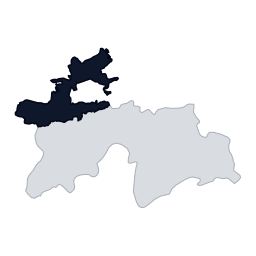 Tajikistan, with Leninabad highlighted
{"feature_id": "TJK-369", "entity_name": "Leninabad", "entity_type": "Region", "adm_level": 1, "iso_a3": "TJK", "parent_name": "Tajikistan", "parent_adm1": "", "projection": "albers", "projection_center": [69.514, 39.97], "detail": "fine", "context": "in_parent", "style": "filled", "palette": "ink", "viewbox_px": 256, "rotation_deg": 0, "n_neighbors": 0, "source": "natural_earth", "source_scale": "10m", "svg_char_len": 8891}
<svg xmlns="http://www.w3.org/2000/svg" viewBox="0 0 256 256"><path d="M25.7,190.0L26.9,187.4L27.5,178.5L29.0,175.4L33.4,170.0L35.7,165.8L38.3,162.5L40.1,161.4L41.8,158.7L43.2,155.6L43.6,153.7L43.5,152.2L43.0,151.2L37.6,145.8L36.1,142.4L35.2,138.2L35.0,135.2L38.1,127.1L37.6,125.8L36.8,124.5L35.1,123.7L32.7,123.3L27.3,123.6L25.2,123.1L24.7,122.6L24.5,118.9L23.9,118.1L23.1,117.3L16.9,115.5L15.7,114.7L15.5,113.8L17.9,105.6L18.9,105.0L21.3,102.3L26.3,100.1L42.8,103.5L45.5,103.8L47.3,103.5L48.6,102.6L50.8,100.0L52.4,92.5L53.8,92.2L55.1,92.6L55.8,91.9L56.4,90.1L56.9,90.0L57.9,90.9L58.9,90.0L58.8,89.3L57.7,88.1L56.7,86.1L57.1,84.8L61.4,84.0L61.9,83.4L61.7,82.3L60.6,81.7L52.5,81.8L52.1,81.2L52.3,80.5L52.9,79.9L61.3,78.5L69.1,79.8L70.4,79.4L68.8,76.1L70.9,75.8L71.2,74.7L68.5,65.9L70.0,65.1L71.5,63.4L71.4,60.1L72.7,58.5L74.3,57.4L76.6,58.5L80.3,61.8L82.6,62.6L94.4,56.5L98.7,53.9L99.4,52.9L100.9,48.9L101.7,48.6L102.8,49.0L108.8,55.7L108.9,56.6L108.2,57.3L108.4,57.9L111.5,59.3L111.5,60.0L110.4,61.9L101.4,69.9L101.1,72.5L101.8,73.3L105.6,74.6L107.6,78.7L109.0,79.1L117.6,77.6L117.6,78.3L117.3,79.5L111.5,81.7L108.8,83.4L108.3,86.6L107.6,87.5L106.4,88.2L105.3,88.4L103.4,84.8L89.8,79.3L77.5,83.1L75.8,85.9L76.3,88.5L76.0,89.7L74.8,90.0L71.3,87.9L70.5,89.7L69.0,95.5L70.5,99.0L71.0,104.2L75.6,103.9L79.5,102.4L81.4,102.3L84.4,103.0L89.6,103.1L94.7,102.9L95.7,101.9L96.8,102.2L97.8,103.4L101.9,101.9L105.0,101.7L108.0,102.5L111.7,108.0L113.6,108.7L119.4,108.0L121.0,104.9L122.5,104.2L126.9,103.3L130.6,100.9L132.4,100.7L133.4,101.4L133.8,102.5L133.5,105.2L134.7,106.1L138.3,106.3L140.0,107.1L139.9,111.4L141.4,112.4L142.2,112.5L147.4,109.6L148.9,109.5L151.9,112.8L154.3,114.6L154.9,114.3L155.9,112.2L157.8,109.8L163.6,108.1L165.8,107.7L172.4,108.4L179.1,108.1L182.7,107.5L185.5,106.0L186.9,104.8L189.2,104.0L193.8,104.3L194.0,106.2L193.5,112.3L196.0,116.8L199.2,120.4L199.6,121.6L199.3,122.7L197.5,123.7L196.9,124.8L196.6,126.0L197.3,127.3L198.6,131.6L200.1,134.9L202.1,136.4L205.0,137.4L206.6,137.0L207.6,134.5L209.4,132.4L213.6,132.3L220.5,134.1L227.3,137.0L229.4,138.7L230.2,140.7L228.6,145.6L228.9,148.6L229.5,151.8L231.2,154.1L232.8,158.2L233.3,161.6L234.5,163.7L233.6,170.0L234.3,171.1L239.9,175.2L240.6,177.5L239.6,179.1L237.6,181.1L234.4,183.6L229.4,179.3L227.2,178.0L223.3,178.7L218.1,177.6L215.5,177.9L214.0,179.6L213.0,181.2L210.4,181.8L201.0,185.4L198.2,185.2L197.4,184.5L197.9,183.3L199.9,181.8L200.3,180.1L199.8,178.6L192.8,177.0L189.9,177.4L185.0,179.6L176.0,185.1L172.0,188.8L169.3,194.1L160.6,196.1L154.7,199.3L148.6,204.4L144.5,207.2L142.5,207.6L140.5,207.2L138.5,205.9L136.4,201.8L133.3,191.5L135.0,174.1L136.1,167.0L137.0,164.4L137.0,162.7L136.1,161.9L134.3,162.0L131.4,163.0L129.4,163.2L128.2,162.6L128.3,159.3L129.6,153.4L127.3,148.4L121.3,144.4L116.3,143.1L112.2,144.4L108.8,147.7L106.1,152.9L103.2,157.2L100.2,160.6L97.4,162.8L97.0,164.2L98.6,168.7L98.5,172.4L96.7,175.4L94.7,176.8L92.5,176.7L90.8,176.0L89.5,174.8L86.0,174.4L80.3,175.0L76.4,176.5L74.3,179.0L73.7,182.2L74.6,186.2L74.2,189.2L70.9,192.5L69.8,192.8L67.3,191.0L63.5,187.0L60.9,184.9L59.5,184.5L57.8,185.1L56.9,186.8L55.7,187.3L54.0,186.9L52.4,187.2L51.4,188.5L48.8,189.9L44.1,191.6L41.5,193.3L41.0,195.2L40.3,196.1L38.9,195.8L34.6,198.3L31.4,197.5L27.8,194.0L25.9,191.2L25.7,190.0ZM110.6,92.9L108.1,94.4L106.6,94.2L104.6,91.6L104.4,90.9L109.5,91.8L110.5,92.2L110.6,92.9ZM108.7,52.1L107.8,52.2L106.3,50.5L105.8,49.3L106.4,48.9L107.7,49.7L108.6,51.2L108.7,52.1Z" fill="#d9dde1" stroke="#a8b0b8" stroke-width="1"/><path d="M117.6,77.6L118.2,78.5L117.7,79.4L116.8,80.1L115.9,80.4L114.4,80.1L114.1,80.3L113.4,80.7L113.1,80.5L112.9,80.5L112.7,80.9L111.6,81.8L111.2,82.0L109.4,82.7L108.7,83.4L108.6,84.3L108.6,85.5L108.4,86.7L108.0,87.4L107.5,87.9L107.0,88.3L106.4,88.5L105.2,88.6L104.9,88.7L104.7,89.1L104.5,89.9L104.2,90.2L103.6,90.0L103.4,89.5L103.5,88.9L103.7,88.2L104.1,87.7L105.4,86.8L105.8,86.0L105.5,85.3L104.9,84.9L104.2,84.7L101.9,84.3L100.8,83.9L99.8,83.8L99.3,83.5L98.1,82.1L97.5,81.8L96.9,81.7L95.5,81.8L94.9,81.6L90.8,79.0L89.9,78.9L78.8,82.9L78.3,83.0L77.9,82.9L77.7,82.7L77.4,82.2L77.2,82.1L77.1,82.3L76.9,83.2L76.3,84.0L75.8,84.8L75.7,85.8L75.9,86.9L76.1,87.4L76.1,87.9L76.7,89.1L76.7,89.6L74.0,90.5L72.7,88.2L71.8,87.3L71.5,87.2L71.4,87.3L71.3,87.5L71.2,87.9L70.7,89.1L69.4,93.0L69.1,94.4L69.0,95.8L69.2,96.5L69.6,97.0L70.1,97.4L70.5,97.9L70.7,98.5L70.8,99.2L70.6,103.6L71.0,104.5L72.1,104.0L72.3,103.8L72.5,103.2L72.8,103.1L73.6,103.9L74.2,104.2L75.4,104.0L76.6,103.9L77.1,103.7L77.6,103.4L78.5,102.6L79.0,102.4L81.5,102.2L82.6,102.3L83.8,102.7L84.9,103.4L86.0,103.7L88.2,103.3L89.4,103.4L90.2,103.8L90.5,103.6L90.9,102.9L91.4,102.5L92.0,102.3L92.6,102.3L93.2,102.5L94.1,103.0L94.6,103.2L95.1,103.0L95.3,102.7L96.1,100.9L96.5,100.6L96.8,101.0L96.9,101.6L96.9,102.3L96.6,103.6L96.7,104.1L97.2,104.3L97.7,104.2L100.2,102.3L100.5,102.1L101.4,102.3L101.7,102.3L101.9,102.2L102.2,101.8L103.8,101.3L104.3,101.2L104.7,101.4L105.4,101.9L105.7,102.1L106.2,102.2L107.3,102.0L107.8,102.0L108.4,102.5L108.8,103.3L109.4,105.1L108.4,105.9L108.0,106.1L107.7,106.4L107.5,107.0L106.9,107.3L105.2,107.6L104.9,108.2L104.6,108.5L104.3,108.5L101.3,109.4L100.2,109.5L99.9,109.5L99.4,109.0L99.0,109.0L98.8,109.1L98.6,109.4L98.4,109.8L98.1,110.1L95.1,111.6L94.4,112.1L94.2,111.9L94.2,111.3L94.0,111.0L93.9,110.8L93.6,110.8L93.1,110.9L92.4,111.2L91.5,111.9L91.3,111.9L91.1,111.7L90.9,111.2L90.6,111.2L87.5,111.7L87.1,112.1L86.5,113.1L86.0,113.5L85.4,113.7L85.2,113.7L84.6,113.5L84.4,113.4L84.0,112.6L83.4,112.7L81.4,113.8L81.5,114.2L82.1,114.8L82.2,115.3L82.1,116.8L81.8,117.4L81.6,117.9L80.9,118.4L80.9,118.8L81.0,119.2L80.9,119.4L80.5,119.6L79.6,119.9L79.1,120.1L78.4,120.8L78.2,120.8L78.0,120.6L77.9,120.3L78.1,119.4L78.1,119.0L78.1,118.5L77.9,117.8L77.7,117.5L76.7,116.6L76.3,116.5L73.9,116.8L73.4,117.0L73.0,117.3L72.8,117.6L72.7,118.1L72.6,119.4L72.5,119.6L72.3,119.8L71.8,119.8L69.1,119.7L68.6,119.9L67.9,120.1L65.9,121.3L65.2,121.9L64.3,122.3L62.7,121.9L62.0,121.6L60.2,121.2L58.6,121.0L56.8,121.1L56.5,121.1L56.3,120.9L56.1,120.6L55.6,120.6L52.9,121.6L51.0,121.5L50.7,121.5L50.1,123.3L49.1,123.9L48.7,124.7L48.4,125.1L47.4,125.5L46.8,125.6L46.0,125.6L44.3,126.2L43.3,125.7L43.0,125.8L42.5,125.8L40.9,126.5L40.4,126.6L39.0,126.6L38.2,126.8L37.7,126.0L36.7,123.9L36.3,123.3L36.1,123.3L35.4,123.3L34.9,123.7L34.4,123.8L34.0,123.7L33.5,123.3L33.3,123.1L32.8,123.0L32.4,123.0L29.4,123.9L28.7,123.9L25.0,123.3L24.5,122.7L24.4,121.8L24.8,119.0L24.7,118.5L24.5,118.0L24.3,118.0L23.8,118.1L23.6,118.0L23.2,117.3L22.0,116.8L19.7,116.7L16.3,115.4L15.5,114.6L15.4,113.1L15.5,112.4L15.9,112.0L16.2,111.9L16.5,112.0L16.6,111.9L16.9,110.7L17.3,109.5L17.3,108.1L17.6,106.6L18.0,105.2L18.2,104.9L18.7,104.9L19.4,105.0L19.8,104.8L19.9,104.7L19.7,103.0L20.3,102.5L22.6,102.2L25.2,100.3L26.3,100.0L27.6,100.1L37.2,102.8L41.5,103.0L43.8,103.8L45.2,103.9L46.6,103.8L48.3,103.4L48.9,103.1L48.6,102.4L49.0,101.9L50.2,101.1L50.9,100.4L51.3,99.7L51.4,98.8L51.8,92.9L52.1,92.1L52.4,92.1L52.8,92.3L53.7,91.5L54.2,91.8L54.9,93.0L55.3,93.2L55.5,93.0L55.6,92.4L55.8,91.9L56.3,91.7L56.6,91.0L56.6,90.5L56.0,89.1L55.7,88.3L55.6,87.6L55.8,87.3L56.4,87.7L57.0,89.0L57.4,90.6L58.0,91.6L59.2,91.1L59.2,90.3L56.7,86.8L56.6,86.5L56.5,86.1L56.6,85.4L56.5,85.1L56.0,84.7L55.9,84.4L56.3,83.7L56.8,84.1L57.4,85.2L57.7,85.1L58.8,84.2L59.3,84.0L61.4,84.4L62.0,84.3L62.2,83.8L62.3,83.3L62.2,82.7L62.0,82.2L60.7,81.3L53.9,82.6L52.9,82.2L51.6,81.4L50.9,80.5L51.5,80.1L54.2,79.4L54.8,79.4L56.5,79.7L57.1,79.6L58.1,79.1L58.7,78.8L63.2,78.2L63.9,78.3L65.7,79.2L68.2,80.0L69.6,80.0L70.7,79.5L70.7,78.7L68.6,76.8L68.5,75.7L69.3,75.7L70.3,76.1L71.2,75.9L71.5,74.1L71.3,73.3L71.0,72.6L70.2,71.3L70.0,70.6L69.4,68.6L68.3,66.7L68.3,65.9L69.3,65.2L71.0,65.1L71.4,64.8L71.5,64.3L71.3,62.4L71.3,61.0L71.5,59.9L72.0,59.0L72.7,58.1L73.1,57.7L73.5,57.5L74.4,57.2L74.9,57.2L75.6,57.9L76.1,58.2L77.0,58.3L77.6,58.9L78.7,60.6L79.0,60.8L79.7,61.3L80.0,61.7L80.8,62.9L81.2,63.3L82.0,63.6L82.8,63.3L83.4,62.7L84.6,61.3L85.1,60.8L85.7,60.5L90.9,58.8L93.5,56.8L96.4,55.6L98.4,54.4L99.9,52.6L100.6,48.7L101.7,48.4L102.9,48.9L103.9,50.1L104.8,50.8L110.2,56.8L110.1,57.5L109.6,57.3L108.6,56.5L108.1,56.6L107.8,57.0L107.9,57.7L108.3,58.2L110.9,58.8L111.9,59.4L111.7,60.9L111.2,61.2L111.0,61.7L110.3,61.9L107.8,64.1L106.9,65.3L106.5,65.6L105.3,66.1L104.9,66.5L104.3,67.6L104.0,68.0L101.8,68.6L101.0,69.1L100.5,69.9L100.6,70.8L101.4,71.9L101.1,73.2L102.5,73.8L103.1,74.0L104.7,73.7L105.3,73.9L106.1,75.1L106.5,76.8L107.0,78.4L108.2,79.2L109.3,79.3L110.5,79.1L114.5,77.8L117.0,77.6L117.6,77.6ZM104.4,90.9L104.8,90.9L108.3,92.0L109.2,92.0L110.1,91.6L110.5,91.7L110.7,92.4L110.7,93.0L110.4,93.3L109.4,93.5L108.6,93.9L107.2,95.1L106.2,93.6L105.9,93.3L105.0,92.6L104.6,92.1L104.4,91.5L104.4,90.9ZM106.2,49.1L107.0,49.5L107.6,50.0L108.0,50.7L108.4,51.5L108.5,52.2L107.9,52.1L107.4,51.6L106.6,50.5L106.1,50.0L105.8,49.3L106.2,49.1Z" fill="#0f172a" stroke="#020617" stroke-width="1.5"/></svg>